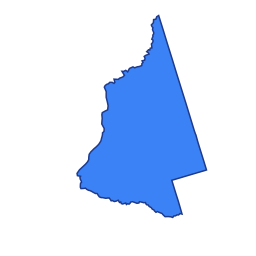 outline of Castanheiras, Rondônia, Brazil, rotated 253°
{"feature_id": "56859067B68842003571773", "entity_name": "Castanheiras", "entity_type": "district", "adm_level": 2, "iso_a3": "BRA", "parent_name": "Brazil", "parent_adm1": "Rondônia", "projection": "orthographic", "projection_center": [-61.87, -11.438], "detail": "fine", "context": "isolated", "style": "filled", "palette": "blue", "viewbox_px": 256, "rotation_deg": 253, "n_neighbors": 0, "source": "geoboundaries", "source_scale": "gbopen_adm2", "svg_char_len": 2290}
<svg xmlns="http://www.w3.org/2000/svg" viewBox="0 0 256 256"><g transform="rotate(253 128 128)"><path d="M150.9,111.2L150.2,107.9L148.4,106.9L144.5,106.1L143.2,105.5L139.5,104.1L134.4,105.1L131.7,104.0L130.8,102.2L129.5,101.8L127.7,100.9L125.9,99.7L123.8,98.5L122.5,97.1L121.0,95.3L120.2,93.9L119.2,92.0L118.1,89.4L116.9,87.2L116.1,85.6L114.2,83.2L111.6,82.0L109.3,81.2L107.5,79.5L105.8,76.8L102.2,69.4L99.5,66.0L97.2,65.7L95.7,68.5L94.8,67.6L93.0,67.4L90.8,67.8L89.6,67.6L89.1,66.5L87.4,65.8L85.3,65.1L83.8,65.3L83.1,68.1L82.9,69.7L81.4,70.6L80.0,72.0L79.2,73.4L78.1,74.6L76.7,75.9L74.9,77.7L74.3,79.4L72.4,79.8L70.5,80.5L69.4,81.8L68.8,83.5L68.0,84.9L67.3,86.2L67.0,88.0L66.5,89.6L64.8,90.2L63.3,90.6L63.2,91.8L61.7,93.4L61.5,95.1L61.8,97.5L59.3,98.1L59.4,99.4L57.7,99.5L56.9,100.7L56.9,103.9L55.3,104.1L55.7,105.5L54.9,106.7L55.4,107.9L56.4,108.9L56.2,110.8L55.4,111.9L54.5,113.1L53.4,114.5L53.1,116.5L54.2,117.4L53.4,118.9L51.9,121.3L51.6,122.9L50.0,123.0L49.0,123.6L48.6,124.7L46.8,125.3L45.1,126.9L43.3,127.5L42.1,128.8L40.9,129.1L39.2,130.1L39.5,131.7L37.9,133.5L37.1,134.5L36.4,135.5L34.7,136.2L32.4,137.5L31.5,140.7L30.5,143.1L29.4,144.6L30.5,146.3L30.1,147.8L30.6,149.4L30.1,151.0L31.0,152.7L29.9,154.5L43.2,154.7L50.7,154.6L58.5,154.6L65.2,154.6L64.9,190.8L73.5,190.8L89.3,190.7L94.6,190.7L101.5,190.9L102.8,190.7L104.0,190.7L105.8,190.6L119.9,190.6L131.3,190.6L134.9,190.6L151.0,190.5L166.1,190.4L181.2,190.4L196.4,190.3L212.4,190.3L226.6,190.2L226.0,188.0L223.9,186.4L224.2,184.2L221.3,183.1L220.5,181.8L219.7,180.4L217.9,180.6L216.8,181.2L214.9,180.2L211.8,180.5L210.4,180.0L209.6,178.9L208.4,178.7L205.9,176.7L204.7,177.6L203.4,177.2L202.2,176.1L201.5,174.9L199.5,174.7L197.6,174.2L197.8,172.6L196.2,171.6L196.8,170.5L195.5,168.2L194.0,169.5L192.6,169.7L192.3,166.2L191.7,164.4L189.7,164.7L188.0,163.7L188.1,161.1L186.2,161.5L185.6,160.2L183.7,159.4L183.5,156.9L183.8,154.7L183.6,152.0L185.0,150.6L184.5,146.8L181.8,144.1L183.8,142.7L183.4,140.5L184.0,138.8L179.4,140.0L178.3,137.9L178.1,134.4L177.3,133.0L178.8,128.9L175.5,128.8L174.8,127.6L176.3,126.2L177.0,124.0L176.0,122.0L176.0,120.5L175.3,118.6L174.0,117.3L169.1,117.8L167.3,117.2L163.7,116.1L159.3,115.9L155.1,115.5L152.8,114.5L151.3,113.8L150.9,111.2Z" fill="#3b82f6" stroke="#1e3a8a" stroke-width="1.5"/></g></svg>